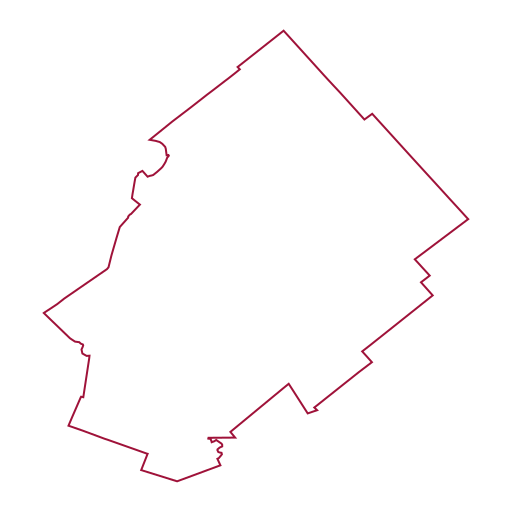 Furculesti, Teleorman, Romania
{"feature_id": "2599482B14678556390111", "entity_name": "Furculesti", "entity_type": "district", "adm_level": 2, "iso_a3": "ROU", "parent_name": "Romania", "parent_adm1": "Teleorman", "projection": "natural_earth1", "projection_center": [25.141, 43.878], "detail": "fine", "context": "isolated", "style": "outline", "palette": "rose", "viewbox_px": 512, "rotation_deg": 0, "n_neighbors": 0, "source": "geoboundaries", "source_scale": "gbopen_adm2", "svg_char_len": 1897}
<svg xmlns="http://www.w3.org/2000/svg" viewBox="0 0 512 512"><path d="M468.2,219.1L467.5,218.4L465.3,216.0L461.5,211.8L459.3,209.4L449.4,198.6L438.1,186.2L424.3,171.1L421.2,167.7L411.7,157.3L372.2,113.8L364.4,119.5L340.0,92.5L334.0,86.1L327.5,79.1L325.6,77.0L324.2,75.5L307.0,56.5L283.6,30.7L249.4,57.7L237.6,67.0L239.8,69.3L238.7,70.2L234.5,73.6L228.0,78.7L224.8,81.1L212.6,90.5L206.9,94.8L190.8,107.4L172.2,121.6L149.7,139.8L155.8,140.9L157.8,141.5L159.7,142.0L162.3,143.8L165.2,146.9L165.8,148.9L166.6,155.2L168.4,155.0L168.8,155.7L168.1,156.7L167.3,157.4L165.7,161.6L164.4,163.9L162.6,166.7L161.3,168.1L157.2,171.8L153.2,175.0L151.6,175.5L149.6,175.9L147.6,176.7L143.5,172.1L142.4,170.9L138.1,173.2L138.0,175.0L135.4,177.6L134.9,180.2L134.1,184.8L133.1,190.8L132.6,193.6L132.1,196.9L131.9,198.2L135.1,200.8L139.9,204.6L139.7,204.8L131.0,214.0L130.1,214.4L129.1,215.4L128.2,216.5L128.1,217.7L119.8,227.0L116.6,237.6L111.5,255.2L108.5,267.3L107.0,269.1L78.1,289.0L64.2,298.6L57.1,304.2L44.2,312.7L43.8,313.0L50.6,319.6L69.9,338.2L71.8,339.5L75.0,341.6L79.3,342.2L80.7,343.6L82.9,344.5L83.2,345.3L82.7,346.9L81.5,349.5L82.4,353.5L86.6,355.9L89.5,355.7L89.2,358.4L83.3,397.2L81.1,396.7L80.8,397.2L79.8,399.5L71.9,417.7L68.5,425.7L82.9,430.7L104.7,438.8L107.5,439.7L134.7,449.3L147.1,453.7L147.6,453.8L141.2,470.1L177.1,481.3L220.4,465.3L217.4,458.8L218.8,458.1L221.0,455.5L221.9,454.3L221.5,452.8L219.7,452.5L218.3,452.0L217.4,450.1L217.5,449.4L219.6,447.6L222.2,446.4L222.2,444.7L221.5,443.6L216.2,440.0L214.2,441.3L211.7,442.2L211.4,441.0L210.9,439.9L210.7,439.0L209.9,438.6L209.2,438.8L208.3,438.6L208.5,437.8L235.1,437.6L230.4,431.9L283.3,388.2L288.7,383.8L292.0,388.9L307.7,413.4L317.1,410.2L314.3,407.5L315.1,406.9L359.0,372.0L371.9,362.2L367.1,356.8L362.2,351.4L370.4,345.0L432.7,295.4L421.0,282.3L429.7,275.6L414.8,259.3L468.2,219.1Z" fill="none" stroke="#9f1239" stroke-width="2"/></svg>